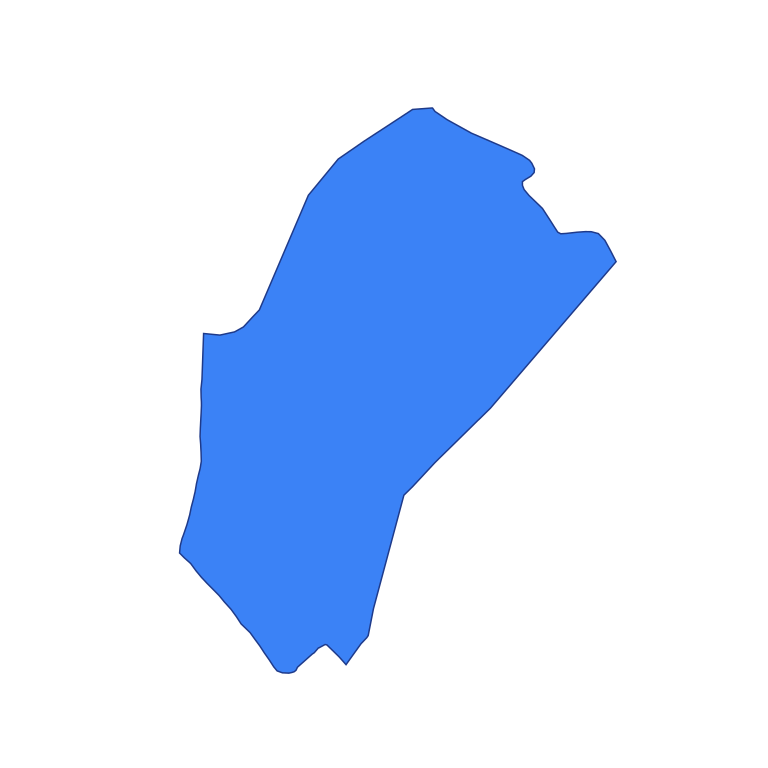 Harib Al Qaramish, Sana'a, Yemen, rotated 147°
{"feature_id": "15242507B30866630212876", "entity_name": "Harib Al Qaramish", "entity_type": "district", "adm_level": 2, "iso_a3": "YEM", "parent_name": "Yemen", "parent_adm1": "Sana'a", "projection": "equal_earth", "projection_center": [44.65, 15.466], "detail": "fine", "context": "isolated", "style": "filled", "palette": "blue", "viewbox_px": 768, "rotation_deg": 147, "n_neighbors": 0, "source": "geoboundaries", "source_scale": "gbopen_adm2", "svg_char_len": 1695}
<svg xmlns="http://www.w3.org/2000/svg" viewBox="0 0 768 768"><g transform="rotate(147 384 384)"><path d="M647.5,353.6L646.1,346.8L643.9,338.7L643.4,329.7L642.4,321.2L641.0,313.3L639.1,304.3L637.5,296.5L636.6,288.3L635.0,278.3L634.5,269.2L634.5,260.6L631.7,248.4L631.3,240.1L630.8,231.9L630.8,223.6L630.5,215.5L630.5,206.7L629.9,201.6L626.5,197.1L621.2,193.3L618.3,192.2L616.1,191.6L613.8,191.8L610.8,193.6L591.2,196.6L588.9,196.6L582.7,198.4L582.1,198.1L581.5,198.1L575.3,197.6L574.0,196.3L570.3,179.9L568.7,169.3L559.3,173.0L544.7,178.7L536.7,180.6L534.3,181.6L515.1,201.4L427.9,279.9L415.7,282.4L384.6,290.2L378.5,291.5L359.6,295.3L329.7,301.4L324.9,302.4L324.0,302.5L307.8,305.8L122.7,360.2L121.5,371.7L120.5,384.2L122.3,393.4L127.2,398.8L132.1,402.1L139.5,406.2L149.1,411.0L153.9,413.7L155.6,416.7L155.6,422.8L155.5,430.1L155.5,445.0L159.7,463.1L160.6,470.8L159.7,475.2L157.7,478.3L154.2,478.5L147.5,478.3L142.9,479.6L140.6,482.5L139.8,488.6L140.1,492.3L143.5,500.4L149.0,508.9L162.3,529.1L174.1,546.8L185.2,567.7L187.1,571.3L192.8,584.8L193.0,589.0L193.4,589.3L193.7,589.5L210.5,598.7L227.8,598.6L268.5,598.5L299.9,597.6L303.7,596.4L319.2,591.5L344.6,583.5L448.2,514.0L457.9,511.7L470.8,508.4L481.0,509.1L495.0,514.4L507.8,524.6L534.3,486.8L540.3,479.4L544.8,472.1L546.9,468.4L548.8,465.4L553.2,459.2L557.5,453.3L560.6,449.0L562.2,446.8L566.9,440.1L570.7,433.1L572.0,430.9L574.6,426.4L579.3,418.7L583.1,414.5L584.1,413.4L585.8,411.8L588.0,409.8L589.2,408.7L595.9,402.2L596.4,401.6L601.4,396.2L602.4,395.3L606.5,391.3L612.6,385.8L618.2,380.1L624.9,374.2L626.2,373.1L631.9,368.6L634.6,366.5L637.5,364.4L643.0,359.3L647.5,353.6Z" fill="#3b82f6" stroke="#1e3a8a" stroke-width="1.5"/></g></svg>